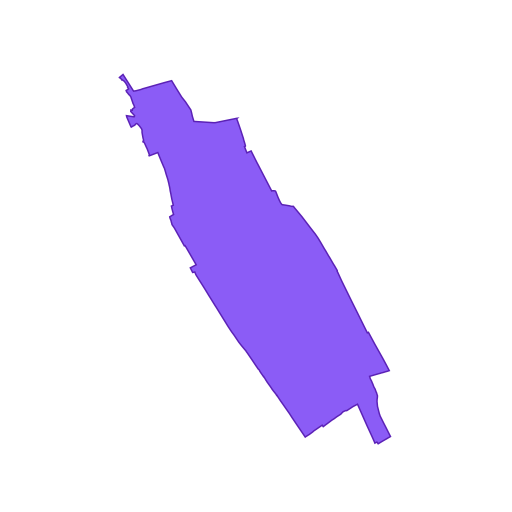 the district of Smardan, Galati, Romania, rotated 150°
{"feature_id": "2599482B33788792508328", "entity_name": "Smardan", "entity_type": "district", "adm_level": 2, "iso_a3": "ROU", "parent_name": "Romania", "parent_adm1": "Galati", "projection": "mercator", "projection_center": [27.93, 45.569], "detail": "fine", "context": "isolated", "style": "filled", "palette": "violet", "viewbox_px": 512, "rotation_deg": 150, "n_neighbors": 0, "source": "geoboundaries", "source_scale": "gbopen_adm2", "svg_char_len": 5661}
<svg xmlns="http://www.w3.org/2000/svg" viewBox="0 0 512 512"><g transform="rotate(150 256 256)"><path d="M299.0,396.3L297.0,395.9L293.8,395.4L293.5,395.4L293.3,395.3L289.3,394.7L289.7,392.0L290.6,385.4L291.4,378.9L291.4,378.4L291.5,377.5L291.7,376.7L292.3,374.2L293.0,371.4L294.0,366.8L294.0,366.7L294.7,364.3L295.3,362.1L295.7,361.1L296.1,359.7L296.8,357.6L297.7,355.4L298.7,352.3L299.3,350.7L300.4,347.5L302.2,341.4L304.3,341.5L304.3,341.4L305.1,339.0L306.0,335.8L306.6,333.2L311.1,333.1L311.4,332.3L311.7,330.7L311.8,329.6L312.1,328.5L312.4,327.6L312.6,326.5L313.0,325.4L313.0,324.7L313.0,324.2L312.8,322.5L312.7,320.9L313.0,300.6L312.3,300.5L312.2,298.9L312.2,286.2L312.2,278.3L318.8,278.6L319.1,273.4L317.0,272.7L317.4,270.0L317.4,268.7L316.8,254.0L316.6,245.7L316.2,233.2L316.1,231.6L315.9,225.0L315.7,218.4L315.5,211.9L315.4,208.8L315.2,205.3L315.0,202.3L314.6,198.8L314.0,190.1L313.4,185.8L312.4,180.0L312.2,179.5L312.2,178.1L312.0,176.5L311.3,167.1L311.1,163.9L310.9,160.9L310.6,157.0L310.3,156.1L310.2,155.7L310.2,155.0L310.3,154.3L310.2,152.3L310.1,151.2L310.0,150.3L309.9,148.9L309.8,147.7L309.6,147.7L309.6,146.6L309.5,145.8L309.5,145.0L309.5,143.2L309.4,142.3L309.4,141.2L308.9,136.3L308.7,133.7L308.7,132.9L308.4,130.4L307.8,126.5L307.8,124.9L307.5,124.9L307.5,123.5L307.2,118.5L306.8,114.2L306.2,107.2L305.8,102.7L305.6,98.3L305.3,93.9L305.2,92.4L304.5,82.8L303.9,74.6L303.1,74.7L302.1,74.7L300.2,74.8L299.1,74.8L296.4,75.1L294.8,75.3L293.5,75.6L288.3,76.0L283.3,76.4L283.1,74.6L279.3,75.1L278.1,75.2L272.5,75.9L270.2,76.0L269.6,76.0L266.6,76.4L261.7,76.6L258.9,77.5L257.3,77.5L255.4,77.2L255.2,77.0L254.7,76.7L250.7,76.9L247.6,77.1L242.2,76.9L244.7,53.4L245.7,42.5L245.8,41.4L246.4,35.9L246.6,34.5L245.7,34.5L244.4,34.4L244.2,34.1L244.1,32.3L238.6,32.4L229.8,32.4L229.2,42.9L229.0,47.3L228.5,55.5L228.3,56.3L228.1,57.5L228.0,57.9L226.1,64.6L226.0,65.0L225.3,66.5L224.3,68.7L224.0,69.4L222.8,71.3L221.7,72.7L220.7,74.2L220.4,75.7L220.2,76.5L220.0,77.2L219.9,78.6L219.6,80.1L219.4,81.1L219.4,81.8L219.4,83.4L219.3,84.2L218.9,86.5L218.7,88.4L218.5,89.7L218.4,92.5L217.8,95.0L210.5,93.2L208.5,92.7L207.1,92.3L206.0,92.1L204.4,91.6L201.7,91.0L199.9,90.5L197.9,90.1L197.6,97.0L197.4,103.7L197.2,120.1L196.8,133.7L198.0,133.8L197.6,140.4L196.7,154.2L195.8,168.9L194.3,191.2L194.1,193.5L193.5,199.8L193.4,200.7L193.4,201.4L193.4,201.5L193.4,201.9L193.3,202.1L193.3,202.3L193.2,202.4L193.1,202.5L192.9,202.8L192.9,203.0L192.9,204.9L192.9,205.9L192.9,206.4L192.9,207.9L192.9,208.6L193.0,210.0L193.0,210.7L193.0,211.5L193.0,212.3L193.0,213.0L193.0,213.6L193.0,214.3L193.0,214.9L193.0,215.0L193.0,215.8L193.0,218.0L193.1,219.5L193.1,223.2L193.1,225.6L193.2,228.1L193.2,231.4L193.2,235.0L193.3,240.4L193.6,244.3L193.7,245.5L194.0,247.5L194.8,253.3L196.6,267.2L198.5,278.1L198.8,280.3L200.5,281.3L201.0,281.8L201.9,282.7L203.1,283.7L205.3,285.5L207.6,287.3L207.8,287.6L208.0,288.7L208.1,289.6L208.0,292.0L207.6,295.9L206.7,301.7L206.7,302.4L206.9,302.8L207.8,303.5L209.2,304.3L209.9,304.5L208.9,326.7L208.6,333.3L208.5,336.4L208.4,337.8L208.3,339.9L208.1,342.9L207.9,346.4L207.7,349.4L212.3,349.9L211.3,356.5L210.3,356.4L210.1,356.6L209.4,359.2L208.5,363.1L208.2,363.9L206.3,372.8L205.1,378.9L204.5,382.1L204.1,384.6L203.5,384.7L204.2,385.0L206.4,385.7L209.0,386.6L224.5,391.8L224.9,392.0L225.3,392.2L226.0,392.6L242.5,403.6L241.3,408.7L240.2,412.2L239.4,415.1L239.9,422.9L240.0,424.7L240.9,430.8L241.2,440.0L241.4,450.0L248.4,451.9L262.7,455.5L268.3,456.9L270.2,457.4L270.8,457.5L272.0,457.7L272.3,457.7L276.2,458.8L277.3,459.1L279.6,460.0L280.4,479.7L285.7,478.8L285.1,478.7L284.9,478.6L284.7,478.6L284.6,478.4L284.5,478.2L284.5,477.9L284.4,477.5L284.3,476.9L284.2,476.4L284.2,476.0L284.2,475.9L284.2,475.6L283.8,475.6L283.7,475.3L283.6,475.0L283.5,474.8L283.3,474.5L283.2,474.2L282.9,473.9L282.8,473.5L282.8,473.2L282.7,472.8L282.6,472.5L282.6,472.2L282.5,471.8L282.5,471.5L282.4,471.2L282.4,470.8L282.4,470.1L282.4,469.8L282.4,469.6L282.4,469.2L282.4,468.6L282.4,467.8L282.4,467.0L282.4,466.8L282.4,466.6L282.5,466.5L282.8,466.4L282.8,466.0L282.8,465.7L282.8,465.2L282.7,464.7L282.8,464.4L284.3,464.3L284.9,464.3L285.7,464.3L285.8,463.7L285.9,463.4L286.0,463.0L285.9,462.7L285.9,462.4L285.8,462.0L285.7,461.7L285.6,461.0L285.6,460.7L285.5,460.3L285.5,460.0L285.4,459.6L285.4,459.2L285.1,458.7L285.0,458.4L285.0,458.1L284.9,457.9L284.9,457.6L284.9,457.3L284.9,456.8L284.9,456.7L284.9,456.3L284.9,456.0L284.9,455.7L285.0,455.5L285.1,455.3L285.1,455.1L285.2,454.9L285.2,454.4L285.3,454.2L285.4,453.8L285.5,453.2L285.6,452.7L285.7,452.3L285.7,452.0L285.8,451.5L285.9,451.3L285.9,451.0L286.0,450.6L286.1,450.3L286.1,450.1L286.2,449.9L286.2,449.2L286.3,448.6L286.3,448.3L286.3,447.9L286.4,447.4L286.4,447.0L286.4,446.9L286.5,446.6L286.6,446.3L286.8,446.0L286.8,445.8L286.8,445.6L286.8,445.4L289.4,445.1L290.2,444.1L291.3,445.0L292.2,443.8L292.2,443.7L292.0,442.9L291.7,441.5L291.2,439.4L291.1,438.5L291.0,438.2L291.2,437.9L291.4,437.8L291.6,437.7L291.8,437.5L292.4,437.8L292.6,437.9L292.9,438.2L298.0,442.3L298.1,442.0L298.2,441.7L298.4,441.2L299.6,431.1L299.6,430.0L298.8,430.0L297.5,430.0L297.0,430.0L295.7,429.9L295.6,430.0L294.8,430.2L294.6,430.3L293.8,430.5L293.1,430.4L292.8,430.1L292.5,429.3L292.1,427.8L292.0,427.3L291.8,426.2L291.7,424.9L291.5,423.5L291.8,421.9L292.9,420.0L293.7,417.9L294.9,414.5L295.0,414.1L295.1,413.7L295.2,413.3L295.5,412.5L295.6,412.2L295.9,412.1L296.3,412.0L296.6,411.8L296.7,411.5L296.8,411.2L296.6,411.0L296.3,411.0L296.1,410.8L296.1,410.4L296.1,409.4L296.6,404.5L296.6,403.7L296.7,403.1L297.5,398.2L297.8,397.0L298.0,396.6L298.3,396.5L298.6,396.4L299.0,396.3Z" fill="#8b5cf6" stroke="#5b21b6" stroke-width="1.5"/></g></svg>